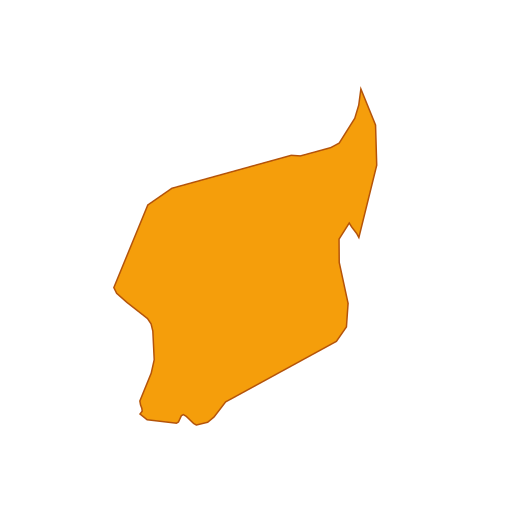 the Unitary Authority of Isle of Wight, rotated 129°
{"feature_id": "GBR-2758", "entity_name": "Isle of Wight", "entity_type": "Unitary Authority", "adm_level": 1, "iso_a3": "GBR", "parent_name": "United Kingdom", "parent_adm1": "", "projection": "albers", "projection_center": [-1.252, 50.678], "detail": "fine", "context": "isolated", "style": "filled", "palette": "amber", "viewbox_px": 512, "rotation_deg": 129, "n_neighbors": 0, "source": "natural_earth", "source_scale": "10m", "svg_char_len": 707}
<svg xmlns="http://www.w3.org/2000/svg" viewBox="0 0 512 512"><g transform="rotate(129 256 256)"><path d="M436.0,212.6L451.8,237.6L451.8,246.7L448.2,246.8L446.2,248.9L444.4,252.0L441.8,255.0L413.0,263.7L400.7,269.8L379.3,288.9L374.8,294.8L372.9,300.9L373.3,327.2L372.7,340.8L370.0,346.6L284.4,372.2L256.3,364.0L155.6,292.0L150.3,284.5L124.7,266.1L115.9,262.4L86.8,265.9L74.1,271.1L60.2,279.6L79.0,245.5L109.5,219.3L176.9,187.7L175.2,191.8L173.2,200.0L171.7,204.3L190.6,202.1L208.6,187.3L234.9,154.6L254.2,141.1L271.7,139.8L388.5,187.8L407.5,187.3L415.6,188.9L424.9,196.0L425.4,199.1L424.5,209.4L425.0,212.7L427.1,213.5L433.8,211.8L436.0,212.6Z" fill="#f59e0b" stroke="#b45309" stroke-width="1.5"/></g></svg>